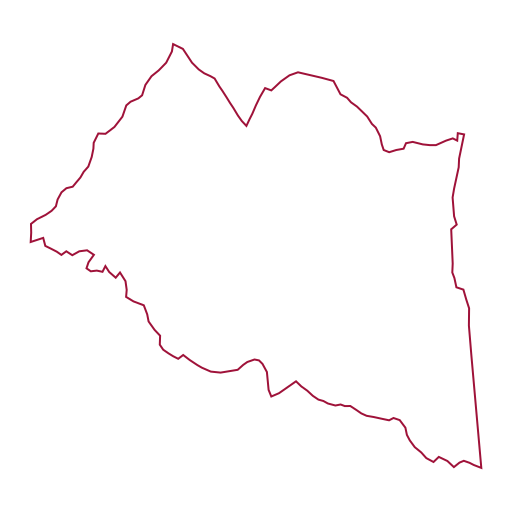 outline of Arapongas, Paraná, Brazil
{"feature_id": "56859067B84180085420981", "entity_name": "Arapongas", "entity_type": "district", "adm_level": 2, "iso_a3": "BRA", "parent_name": "Brazil", "parent_adm1": "Paraná", "projection": "equal_earth", "projection_center": [-51.445, -23.445], "detail": "fine", "context": "isolated", "style": "outline", "palette": "rose", "viewbox_px": 512, "rotation_deg": 0, "n_neighbors": 0, "source": "geoboundaries", "source_scale": "gbopen_adm2", "svg_char_len": 2283}
<svg xmlns="http://www.w3.org/2000/svg" viewBox="0 0 512 512"><path d="M31.0,223.9L31.2,232.7L30.7,242.0L43.2,237.9L45.3,245.9L50.8,248.6L56.8,251.7L61.4,254.9L66.3,251.3L72.3,255.2L79.3,251.3L87.1,250.3L93.9,254.8L88.5,262.3L86.5,268.3L90.8,271.3L96.8,270.6L102.5,271.8L105.4,266.1L109.2,272.0L115.7,277.7L120.0,272.5L125.5,281.2L126.7,289.9L126.1,296.9L133.5,301.4L143.8,305.3L147.2,314.3L148.6,321.5L154.6,329.9L160.1,335.7L159.8,344.7L163.2,349.7L168.4,353.3L173.1,356.2L178.2,358.8L183.2,355.0L189.7,360.0L197.4,365.1L201.9,367.7L210.8,371.6L220.6,372.6L237.7,369.8L243.2,364.9L247.3,362.0L254.5,359.5L259.0,360.4L262.5,363.9L266.9,372.0L268.6,389.9L271.3,396.5L279.0,393.2L289.3,386.0L296.0,381.3L301.3,386.4L307.3,390.7L312.8,395.8L318.4,399.6L323.4,401.0L327.9,403.5L335.4,405.5L340.6,404.5L344.9,406.1L350.3,406.0L356.4,410.0L361.3,413.4L366.6,415.8L373.6,417.0L382.9,419.0L389.1,420.3L393.5,418.0L399.7,420.1L405.4,427.7L406.9,434.9L409.8,440.4L414.8,447.2L421.2,452.4L426.3,458.1L433.5,462.0L438.8,456.9L447.4,461.0L453.9,467.1L459.5,462.6L463.8,460.8L469.5,462.8L473.8,465.0L481.3,467.9L471.3,354.6L468.9,325.6L469.1,308.3L466.2,299.3L463.4,289.6L456.4,287.3L454.4,278.0L452.3,272.5L452.7,263.6L451.2,229.3L456.7,224.6L454.1,216.3L452.6,197.5L454.1,188.6L458.7,167.3L459.1,158.6L460.3,152.8L464.1,134.4L457.8,133.2L457.2,140.6L452.8,138.4L446.1,140.6L436.0,145.1L429.6,145.1L422.8,144.4L412.7,141.9L406.0,143.2L403.6,148.7L396.3,150.0L389.2,152.2L383.7,150.0L381.8,144.4L380.1,136.2L375.8,127.6L371.9,123.9L367.2,116.5L357.0,106.6L351.0,102.3L347.1,97.8L340.5,94.3L336.4,86.5L333.5,81.0L321.7,77.8L317.4,76.8L298.0,72.3L289.5,75.3L280.9,81.4L275.1,86.9L271.3,90.4L265.1,88.1L260.0,96.9L255.9,105.4L252.3,113.8L249.6,119.1L246.4,125.9L241.8,121.0L237.9,115.5L233.2,107.7L230.0,102.9L226.6,97.4L222.5,91.0L219.4,86.5L214.6,78.5L210.5,76.2L204.2,73.3L198.7,69.4L192.0,62.7L182.9,48.9L173.1,44.1L171.9,51.5L166.2,62.7L158.7,70.4L151.5,76.2L145.4,84.9L142.1,95.3L138.3,98.4L130.6,101.7L126.3,105.4L122.4,116.7L114.4,127.0L105.5,133.8L98.3,133.5L93.7,142.8L93.4,148.7L91.7,157.0L88.3,166.6L83.7,171.8L80.4,177.5L76.5,182.1L72.7,186.7L66.4,188.2L61.5,192.3L57.6,199.5L55.9,206.3L51.6,210.8L45.6,214.9L37.0,219.2L31.0,223.9Z" fill="none" stroke="#9f1239" stroke-width="2"/></svg>